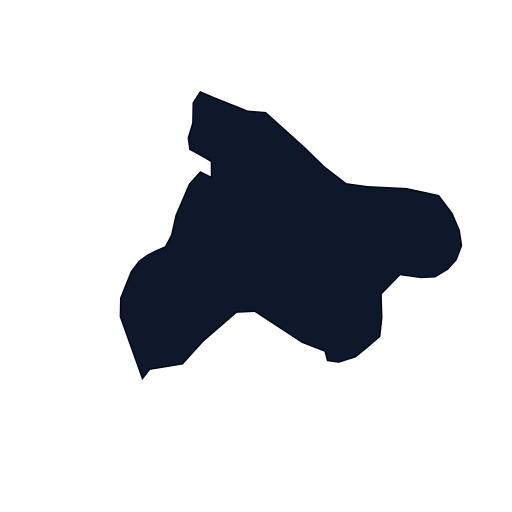 Donghae-si, Gangwon, South Korea, rotated 222°
{"feature_id": "91817680B21216327036282", "entity_name": "Donghae-si", "entity_type": "district", "adm_level": 2, "iso_a3": "KOR", "parent_name": "South Korea", "parent_adm1": "Gangwon", "projection": "natural_earth1", "projection_center": [129.058, 37.511], "detail": "fine", "context": "isolated", "style": "filled", "palette": "ink", "viewbox_px": 512, "rotation_deg": 222, "n_neighbors": 0, "source": "geoboundaries", "source_scale": "gbopen_adm2", "svg_char_len": 830}
<svg xmlns="http://www.w3.org/2000/svg" viewBox="0 0 512 512"><g transform="rotate(222 256 256)"><path d="M132.9,226.2L123.5,232.6L114.7,247.7L112.5,261.8L110.3,279.1L121.2,294.2L137.7,311.5L136.6,338.6L119.0,350.5L109.2,360.2L104.8,374.3L104.8,380.8L104.8,387.3L110.3,401.3L122.3,411.1L138.7,418.7L160.7,423.0L189.2,406.7L219.8,381.8L237.4,369.9L264.8,367.8L292.2,368.9L315.2,368.9L344.8,368.9L359.0,358.0L394.1,345.1L407.2,340.7L405.0,327.7L391.9,312.6L385.3,298.5L376.5,291.0L363.4,294.2L352.4,296.4L341.5,284.5L353.5,281.2L353.5,265.0L342.5,232.6L332.7,215.3L329.4,202.3L333.8,192.6L337.1,183.9L339.2,174.2L338.2,161.2L332.7,146.1L328.3,134.2L316.2,120.2L258.4,89.0L259.3,100.7L238.5,126.7L238.5,156.9L233.0,201.2L219.9,214.2L164.0,222.8L141.0,231.5L132.9,226.2Z" fill="#0f172a" stroke="#020617" stroke-width="1.5"/></g></svg>